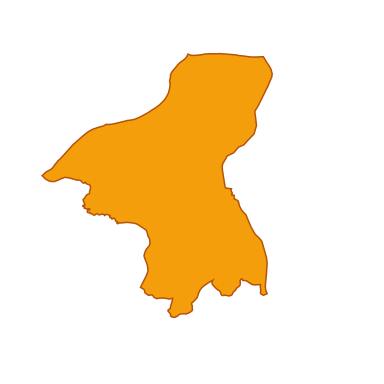 Champasack, Champasak, Laos, rotated 243°
{"feature_id": "54806243B29706107619641", "entity_name": "Champasack", "entity_type": "district", "adm_level": 2, "iso_a3": "LAO", "parent_name": "Laos", "parent_adm1": "Champasak", "projection": "natural_earth1", "projection_center": [105.751, 14.847], "detail": "fine", "context": "isolated", "style": "filled", "palette": "amber", "viewbox_px": 384, "rotation_deg": 243, "n_neighbors": 0, "source": "geoboundaries", "source_scale": "gbopen_adm2", "svg_char_len": 5792}
<svg xmlns="http://www.w3.org/2000/svg" viewBox="0 0 384 384"><g transform="rotate(243 192 192)"><path d="M280.2,317.0L280.5,316.2L281.0,315.3L281.5,314.0L282.3,312.3L283.2,310.3L284.2,308.4L285.4,306.1L286.9,303.7L288.8,301.1L292.2,295.9L294.3,293.3L296.4,289.9L297.8,287.5L299.4,285.1L300.6,283.0L301.9,280.9L302.8,279.4L303.7,277.2L304.6,275.6L305.9,272.7L307.2,270.5L308.1,268.3L309.2,265.7L310.0,262.8L311.5,258.7L312.8,255.8L314.2,253.2L316.7,251.1L314.3,247.7L313.5,244.7L313.1,241.6L312.7,239.8L311.9,237.3L310.7,234.7L309.3,231.4L308.2,228.8L307.2,227.3L305.8,225.8L304.0,224.9L301.5,222.7L299.6,221.9L297.9,221.4L296.5,220.5L294.5,219.1L291.0,216.1L288.5,212.6L287.0,210.2L285.9,207.5L284.3,202.3L283.5,197.1L283.1,192.0L282.8,190.4L282.6,187.6L282.5,184.0L282.4,179.9L282.7,174.8L283.2,172.3L284.0,169.6L285.1,166.9L285.8,163.4L288.0,154.2L289.2,150.2L290.2,148.0L291.3,146.2L291.1,143.8L291.2,142.5L292.0,138.7L292.6,134.8L293.0,131.8L292.9,127.4L291.9,122.1L291.2,119.1L289.1,111.0L288.4,108.1L281.6,90.3L280.7,87.1L278.7,82.4L276.7,78.5L276.1,75.5L276.2,74.2L276.2,72.4L275.8,69.9L275.0,67.4L274.6,65.9L274.4,66.0L270.5,67.2L267.6,69.0L266.2,70.2L265.3,71.3L264.5,72.7L263.8,74.2L263.3,78.4L263.2,81.4L262.8,85.4L260.4,88.8L258.0,91.5L254.8,94.9L254.0,96.7L253.5,97.1L253.2,97.5L252.8,97.8L252.6,98.1L252.2,98.1L251.7,98.3L250.5,98.6L249.7,99.0L249.4,99.1L249.2,99.3L249.0,99.5L248.9,99.8L248.9,101.0L249.0,101.5L248.6,101.5L248.3,101.5L247.8,101.6L247.0,101.9L246.7,102.2L245.5,103.3L244.5,104.1L244.3,104.1L244.1,104.1L244.0,103.9L243.8,103.9L243.0,103.9L242.7,103.9L242.4,103.8L241.7,103.5L241.4,103.3L240.9,102.7L240.6,102.4L240.3,102.2L240.0,102.1L239.7,101.9L239.5,101.6L238.9,100.9L238.5,100.6L238.1,100.4L237.7,100.3L237.4,100.1L237.2,99.9L237.1,99.6L237.1,99.2L237.4,97.5L237.2,97.0L236.9,96.2L236.5,95.4L235.6,94.1L235.2,93.2L235.0,92.8L234.9,92.5L235.0,92.2L234.9,91.9L234.8,91.7L234.7,91.5L234.2,91.3L233.7,91.2L233.1,91.2L232.3,91.0L231.7,91.1L231.2,91.1L230.5,90.9L229.9,90.9L229.7,90.8L229.3,90.7L229.3,89.9L229.4,89.3L229.5,88.9L229.4,88.6L229.3,88.4L229.0,88.3L228.8,88.3L228.6,88.4L228.5,88.6L228.3,89.5L228.1,89.7L227.9,89.8L227.6,89.7L227.3,89.1L227.0,88.8L226.6,88.7L226.4,88.8L226.1,89.0L225.7,89.5L224.9,90.2L224.5,90.7L224.4,91.0L223.8,92.8L223.6,93.0L223.4,93.2L223.2,93.1L222.9,93.0L222.7,92.8L222.6,92.6L222.6,92.3L222.7,92.2L222.8,92.2L223.0,92.2L223.6,91.9L223.8,91.7L223.8,91.4L223.5,91.0L222.9,90.5L222.5,90.1L222.3,89.9L222.1,89.8L221.6,89.7L221.1,89.8L220.7,90.1L220.4,90.7L220.3,91.2L220.0,91.6L219.8,91.7L219.3,91.5L219.2,91.5L218.5,92.0L218.1,92.7L217.9,92.9L217.4,93.2L217.1,93.3L216.5,93.6L216.2,93.9L215.8,94.2L215.6,94.6L215.6,95.1L215.9,96.6L215.8,97.2L215.8,97.5L215.6,97.8L215.4,97.9L215.1,98.1L214.3,98.3L214.1,98.4L213.9,98.7L213.7,99.0L213.6,99.5L213.3,101.0L213.0,101.6L212.5,102.7L212.3,103.0L212.0,103.4L211.6,103.6L211.4,103.6L211.1,103.4L210.8,103.3L210.7,103.4L210.6,103.8L210.6,104.0L210.9,104.8L210.9,105.0L210.9,105.3L210.9,105.6L210.8,105.8L210.7,106.0L210.4,106.3L208.6,108.0L208.4,108.2L208.2,108.2L207.8,108.2L207.7,108.0L207.3,107.4L207.1,107.2L206.6,107.3L206.0,108.0L205.5,108.3L205.3,108.3L204.4,108.3L204.2,108.5L204.0,109.3L204.2,110.0L204.3,110.2L204.3,110.4L204.1,110.7L203.4,111.1L202.8,111.1L202.4,111.1L201.4,110.9L200.9,110.8L200.5,110.9L200.3,111.0L199.9,111.3L199.7,111.7L199.3,112.1L199.1,112.1L198.9,111.9L198.6,111.2L198.4,111.1L198.1,111.0L197.9,111.1L197.7,111.2L197.5,111.4L197.5,111.7L197.4,112.1L197.4,112.7L197.4,113.2L197.2,113.7L196.9,114.0L194.7,119.7L193.4,122.0L190.9,125.7L189.0,127.9L186.9,129.4L178.9,133.8L177.6,133.8L175.6,133.5L174.4,133.1L172.7,132.8L168.8,132.8L167.7,132.2L165.5,131.3L164.7,130.8L163.2,128.9L162.3,126.6L161.3,124.6L160.3,123.4L159.1,122.1L157.0,120.3L154.8,119.8L149.0,119.3L145.5,118.5L143.8,117.8L141.7,117.1L137.8,112.9L135.8,110.0L130.4,102.8L126.9,105.0L125.8,105.0L124.7,104.5L123.2,104.4L122.7,104.7L120.6,105.8L119.7,106.4L118.5,109.6L117.9,110.0L115.6,110.3L114.5,110.9L113.0,112.2L112.8,112.7L112.3,114.7L110.8,117.8L108.9,120.7L106.9,123.2L106.1,126.5L104.2,125.1L100.0,121.2L98.1,119.7L98.0,118.7L97.6,116.9L96.7,116.6L93.3,117.4L92.1,117.3L91.4,116.6L90.4,117.0L89.3,117.9L88.1,119.8L88.0,122.4L88.5,124.5L88.6,126.5L87.2,129.4L86.1,131.2L85.9,131.8L85.7,135.5L86.2,138.2L86.7,138.9L88.5,139.5L90.5,140.6L92.5,140.7L92.9,141.0L93.2,141.4L93.5,142.9L94.2,145.3L95.6,148.6L96.9,150.1L98.5,151.4L99.1,152.4L100.9,154.5L102.0,156.8L102.9,159.4L103.0,160.1L103.6,164.8L103.8,167.8L103.9,170.4L103.4,169.6L102.3,168.7L100.6,168.2L98.6,168.6L95.1,169.7L93.4,170.4L91.4,171.7L88.7,171.8L87.8,171.4L86.9,171.5L85.8,172.3L85.4,173.5L84.6,175.3L82.6,177.7L82.1,180.1L82.4,181.2L84.1,183.4L84.2,184.0L85.0,186.7L85.7,187.2L86.3,189.1L86.5,191.0L87.1,192.3L88.6,193.6L91.0,194.5L91.6,195.1L92.1,195.9L92.0,196.7L91.7,197.3L90.5,197.0L90.0,197.2L89.1,199.0L87.8,200.5L85.6,201.5L82.0,203.8L80.6,206.0L78.5,210.9L78.1,211.1L77.3,210.2L76.5,209.8L73.4,208.8L70.7,207.0L69.8,207.2L67.8,208.6L67.5,208.9L67.3,212.8L71.1,213.2L73.9,214.1L77.4,216.1L81.6,218.9L94.2,226.5L99.7,228.6L116.0,231.8L118.4,231.5L125.8,229.1L134.0,228.7L147.2,229.7L150.6,228.7L153.9,227.9L158.3,228.0L161.0,228.7L162.8,229.1L163.8,228.7L165.6,227.5L166.8,226.5L167.5,227.0L168.9,227.4L169.8,228.1L170.3,227.8L170.6,226.6L171.3,226.1L172.0,226.1L172.1,226.9L173.1,227.5L174.5,227.3L175.5,227.7L176.5,227.8L177.0,228.6L180.3,223.7L181.5,223.8L197.0,228.8L199.1,229.7L200.5,230.1L201.5,231.0L203.0,231.9L208.2,240.0L208.0,246.9L210.8,253.9L210.5,259.7L212.8,265.5L215.6,273.7L221.9,279.6L228.8,282.2L235.3,284.5L238.9,290.3L252.1,308.0L256.5,313.2L258.1,315.2L259.7,316.2L260.6,317.0L265.3,318.1L268.3,318.1L275.3,317.3L280.2,317.0Z" fill="#f59e0b" stroke="#b45309" stroke-width="1.5"/></g></svg>